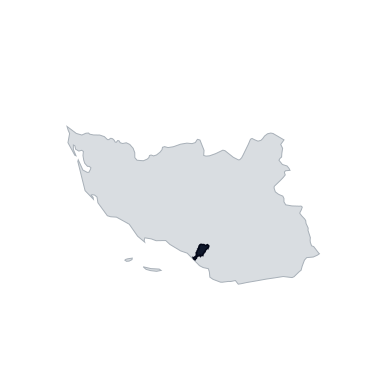 La Masica, Atlántida, Honduras (highlighted), rotated 213°
{"feature_id": "27666195B29134923600773", "entity_name": "La Masica", "entity_type": "district", "adm_level": 2, "iso_a3": "HND", "parent_name": "Honduras", "parent_adm1": "Atlántida", "projection": "natural_earth1", "projection_center": [-87.15, 15.604], "detail": "fine", "context": "in_parent", "style": "filled", "palette": "ink", "viewbox_px": 384, "rotation_deg": 213, "n_neighbors": 0, "source": "geoboundaries", "source_scale": "gbopen_adm2", "svg_char_len": 5513}
<svg xmlns="http://www.w3.org/2000/svg" viewBox="0 0 384 384"><g transform="rotate(213 192 192)"><path d="M332.5,178.9L320.9,178.1L315.4,179.8L313.0,183.5L310.9,185.1L309.2,184.8L305.7,186.2L300.4,189.5L295.7,190.7L291.4,189.9L290.2,190.7L289.9,191.8L289.3,192.9L287.6,193.4L285.7,193.1L283.6,192.0L282.5,192.5L282.4,194.6L281.2,195.2L279.0,194.2L276.6,194.9L273.9,197.5L270.1,198.0L265.2,196.6L261.4,193.8L258.7,189.7L255.4,188.7L249.8,191.7L247.4,195.3L246.9,197.4L247.5,199.4L246.5,200.7L243.8,201.4L241.9,203.8L240.5,208.0L240.2,211.2L241.1,213.4L239.7,215.1L236.3,216.2L232.3,219.8L227.6,225.9L222.9,230.2L218.3,232.6L216.1,235.3L216.2,238.2L216.0,239.2L215.1,239.5L213.6,239.9L204.6,233.5L202.1,229.0L199.8,229.7L197.0,231.9L193.1,237.0L188.9,243.9L186.8,244.6L176.2,243.6L170.6,244.2L169.5,245.1L169.0,247.7L169.3,251.0L170.8,263.1L171.7,268.1L170.8,269.6L168.0,269.9L164.3,270.6L162.3,272.9L161.8,275.2L161.6,278.5L160.4,281.9L158.1,284.3L155.9,285.2L143.2,285.8L143.5,280.2L139.8,278.0L137.7,273.3L135.9,270.1L136.5,268.2L136.4,266.0L131.2,264.3L126.4,265.6L123.6,264.7L121.6,263.5L125.1,260.8L125.4,259.1L124.2,257.9L123.1,257.1L123.4,253.9L124.1,250.2L126.1,241.6L125.4,240.1L122.2,237.5L118.1,237.2L113.6,238.0L111.4,236.7L109.5,233.8L106.4,232.3L100.7,234.7L94.7,238.3L92.8,239.6L91.3,239.4L90.6,236.7L90.3,233.6L90.0,232.8L86.8,231.7L83.0,230.8L81.1,230.0L79.3,227.8L74.9,225.0L73.8,223.0L67.9,218.2L66.7,215.9L65.3,214.2L62.4,212.0L60.2,212.5L52.6,209.8L51.5,209.6L52.5,207.2L54.9,203.5L60.1,199.4L60.6,196.1L59.2,189.8L57.9,185.7L58.6,183.9L60.3,176.5L61.5,174.7L69.1,171.0L69.8,170.5L75.7,165.2L82.3,159.4L89.1,153.0L96.8,145.9L101.0,141.7L103.0,139.9L107.4,141.4L110.8,138.0L112.8,136.8L117.5,132.8L119.0,131.9L126.8,130.2L130.6,130.3L133.9,134.4L136.5,136.6L141.5,134.7L145.6,134.3L162.7,138.1L169.5,136.4L182.0,136.0L187.6,137.0L195.6,131.6L200.6,130.5L206.6,127.9L205.8,125.4L204.4,124.2L213.5,125.3L227.1,130.8L241.6,129.8L246.8,126.9L250.1,126.0L265.0,131.7L268.9,136.0L271.9,136.4L274.3,135.4L274.9,134.5L272.0,133.6L270.7,132.2L282.4,134.9L304.4,155.4L304.9,157.0L295.5,151.0L290.5,151.4L289.2,152.4L289.5,155.7L290.0,157.3L292.1,157.5L293.7,156.6L297.6,157.7L300.2,159.8L303.3,163.2L305.2,166.9L307.2,166.9L309.2,164.7L312.9,164.5L315.3,166.9L317.1,166.8L314.6,163.0L309.0,159.2L310.3,159.0L322.9,165.8L326.5,174.4L329.4,176.3L332.5,178.9ZM184.7,105.4L177.5,109.5L175.2,109.4L178.5,106.2L183.9,103.5L188.4,102.1L192.2,102.7L184.7,105.4ZM209.5,101.0L206.1,104.0L205.5,102.6L207.1,99.8L209.2,98.2L211.2,98.3L210.7,99.6L209.5,101.0Z" fill="#d9dde1" stroke="#a8b0b8" stroke-width="1"/><path d="M148.5,155.9L148.8,156.1L149.4,156.1L149.9,155.9L150.0,156.2L150.1,156.3L150.4,156.3L150.5,156.2L150.7,155.8L150.9,155.2L151.3,154.8L151.7,154.2L152.5,154.4L152.8,154.4L153.1,154.4L153.4,154.4L153.5,154.4L154.4,153.5L155.2,153.5L155.3,153.4L156.0,152.9L156.3,152.7L156.3,152.1L156.6,151.9L156.5,151.5L156.6,151.4L156.6,151.2L156.7,150.8L156.6,150.4L156.3,150.3L156.2,150.3L156.2,150.2L156.1,149.8L156.1,149.7L156.3,149.5L156.3,149.4L156.2,149.3L156.1,149.1L155.8,148.9L155.8,148.7L155.9,148.4L156.0,148.2L155.9,148.1L155.7,148.2L155.8,147.9L155.9,147.7L155.7,147.7L155.6,147.2L155.5,146.9L155.4,146.9L155.5,146.8L155.7,146.5L155.7,146.1L155.7,145.7L155.6,145.3L155.6,145.2L155.4,145.0L155.4,144.9L155.3,144.7L155.2,144.4L155.3,144.2L155.2,144.1L155.3,143.9L155.2,143.9L155.2,143.7L155.1,143.4L155.1,143.2L154.9,142.8L154.8,142.7L154.7,142.6L154.8,142.5L154.8,142.4L154.7,142.3L154.6,142.5L154.4,142.6L154.3,142.4L154.4,142.2L154.2,142.1L153.9,142.0L153.7,142.0L153.7,141.9L153.7,141.7L153.8,141.4L153.8,141.2L153.6,140.9L153.8,140.8L153.9,140.6L153.9,140.2L154.0,140.1L154.0,139.9L154.2,139.5L154.1,139.3L154.1,139.2L154.9,137.8L154.9,137.7L155.0,137.7L155.3,137.6L155.0,137.4L154.6,137.1L154.4,137.0L154.4,136.9L154.2,136.8L153.9,136.9L153.4,136.8L152.5,136.8L152.2,136.7L151.9,136.7L152.1,136.8L152.3,136.9L152.6,137.0L152.8,137.1L152.8,137.3L152.7,137.5L152.6,137.9L152.5,138.0L152.5,138.3L152.4,138.4L152.3,138.6L152.5,138.7L152.3,138.8L152.3,139.0L152.5,139.2L152.5,139.3L152.5,139.5L152.6,139.8L152.5,140.2L152.6,140.4L152.5,140.6L152.5,140.9L152.4,140.9L152.3,141.1L152.3,141.5L152.2,141.6L152.0,141.8L152.0,142.0L151.9,142.0L152.0,142.0L151.8,142.2L151.7,142.2L151.7,142.3L151.5,142.5L151.4,142.6L151.4,142.8L151.4,142.7L151.2,142.7L151.2,142.8L151.3,142.8L151.3,143.0L151.2,143.1L150.9,143.2L150.7,143.2L150.5,143.3L150.4,143.3L150.3,143.5L150.2,143.6L150.3,143.7L150.2,143.7L150.0,143.4L150.0,143.5L149.9,143.5L149.9,143.4L149.8,143.5L149.7,143.5L149.5,143.8L149.4,144.0L149.4,143.9L149.2,143.9L149.1,144.1L149.1,144.3L149.0,144.1L148.9,144.2L148.7,144.3L148.6,144.5L148.6,144.8L148.8,144.9L148.8,145.0L148.7,145.0L148.8,145.1L148.7,145.2L148.7,145.3L148.8,145.3L149.0,145.4L149.1,145.5L149.1,145.8L149.1,146.0L148.9,146.0L149.0,146.3L148.9,146.6L148.7,146.8L148.7,147.0L148.9,147.1L149.0,147.2L149.0,147.3L149.0,147.5L149.1,147.9L149.1,148.1L148.9,148.2L148.9,148.3L148.6,148.5L148.6,148.8L148.5,149.0L148.6,149.4L148.7,149.6L148.8,149.5L148.8,149.8L148.8,150.0L148.8,150.3L148.8,150.5L148.9,150.8L148.9,151.1L149.0,151.2L149.0,151.4L149.0,151.5L148.8,151.5L148.7,151.7L148.7,151.9L148.6,152.0L148.6,152.5L148.4,152.8L148.4,153.0L148.4,153.4L148.2,153.4L148.2,153.5L148.3,153.6L148.2,153.6L148.3,153.7L148.3,153.8L148.3,154.0L148.2,154.1L148.2,154.3L148.1,154.5L148.1,154.8L148.1,155.0L148.2,155.3L148.5,155.6L148.5,155.9Z" fill="#0f172a" stroke="#020617" stroke-width="1.5"/></g></svg>